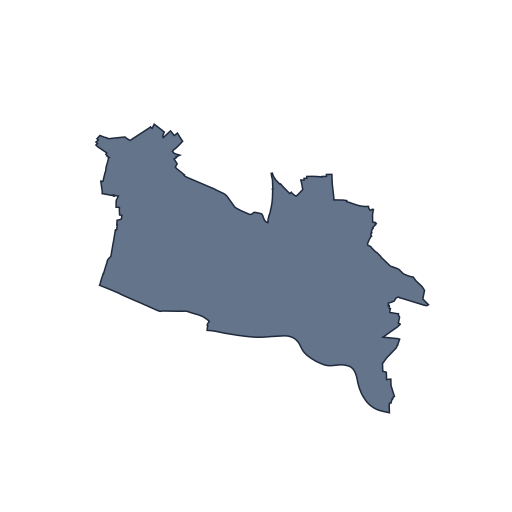 the district of 's-Hertogenbosch, Noord-Brabant, Netherlands, rotated 213°
{"feature_id": "6326949B79471926410122", "entity_name": "'s-Hertogenbosch", "entity_type": "district", "adm_level": 2, "iso_a3": "NLD", "parent_name": "Netherlands", "parent_adm1": "Noord-Brabant", "projection": "orthographic", "projection_center": [5.356, 51.715], "detail": "fine", "context": "isolated", "style": "filled", "palette": "slate", "viewbox_px": 512, "rotation_deg": 213, "n_neighbors": 0, "source": "geoboundaries", "source_scale": "gbopen_adm2", "svg_char_len": 5867}
<svg xmlns="http://www.w3.org/2000/svg" viewBox="0 0 512 512"><g transform="rotate(213 256 256)"><path d="M58.7,197.2L62.9,203.2L63.9,205.4L62.7,206.2L64.0,210.3L63.5,210.4L64.1,212.7L63.7,213.1L63.4,213.6L72.1,220.8L75.9,226.2L79.2,223.5L83.4,229.5L86.9,228.4L91.6,235.1L91.3,235.4L91.2,236.1L90.9,241.8L88.3,255.3L88.9,258.6L88.6,258.7L89.1,259.8L90.2,264.5L91.9,264.0L105.3,257.1L98.7,273.7L98.4,274.8L97.9,277.3L98.6,277.5L100.0,277.1L102.3,283.0L103.7,283.6L104.1,283.8L104.3,284.0L105.1,285.2L106.1,284.6L113.1,281.5L113.9,283.0L114.6,285.1L115.4,284.7L115.8,284.8L117.0,286.8L117.2,287.0L117.8,286.2L119.3,288.5L119.2,288.8L118.4,289.6L117.0,291.3L115.7,293.3L115.6,293.5L115.6,297.2L114.8,298.5L113.9,299.3L113.1,299.2L112.1,299.3L111.4,299.7L90.7,305.6L88.4,306.2L86.2,307.1L85.8,307.3L85.4,307.8L84.8,309.1L92.7,310.8L95.9,318.9L98.8,320.3L100.3,320.8L101.5,321.1L108.3,322.3L112.8,324.0L114.1,323.3L115.2,322.9L118.6,322.0L122.2,321.4L123.3,321.4L128.3,322.5L129.2,322.6L132.2,322.1L133.9,321.5L134.1,321.7L134.8,321.4L135.3,321.4L137.3,320.8L138.1,320.7L140.4,321.2L149.8,323.0L150.0,322.9L151.2,323.6L156.9,324.8L157.4,324.6L158.0,324.6L161.5,325.4L162.8,325.6L164.0,326.1L164.8,326.3L165.6,326.3L167.7,326.0L168.3,326.1L169.0,326.9L169.3,327.4L169.4,328.3L169.6,329.4L170.0,331.9L170.2,334.2L170.1,334.9L169.8,335.5L171.6,336.6L171.6,338.4L171.6,338.7L172.2,338.7L172.7,340.2L172.9,340.7L172.9,343.0L173.5,343.0L173.3,345.0L172.8,347.2L172.7,347.4L172.9,347.9L172.8,348.4L173.4,348.2L173.5,348.7L174.0,348.8L174.0,349.1L174.6,349.0L175.0,348.5L175.7,348.4L176.6,348.0L179.9,352.8L180.8,354.2L181.5,355.8L182.0,356.9L182.9,359.0L184.0,358.5L184.9,356.6L185.2,356.5L186.7,357.1L187.6,357.7L188.1,358.1L188.7,358.8L189.8,358.1L190.6,357.5L193.2,356.0L195.0,355.1L197.8,354.1L200.6,353.3L206.7,351.8L209.7,350.9L210.1,351.9L213.5,350.3L221.4,345.4L221.7,346.1L222.3,347.1L230.9,357.5L233.6,361.2L236.8,365.8L241.4,362.7L240.3,361.1L243.9,358.7L243.6,358.3L247.2,356.4L251.0,354.2L256.8,350.4L255.7,348.8L258.0,347.3L257.0,345.9L259.8,344.1L256.8,341.3L253.0,337.2L254.6,328.8L254.8,328.6L255.3,328.3L255.5,328.0L256.7,327.9L258.6,328.1L259.5,328.2L261.2,328.7L261.7,326.7L272.2,329.1L273.1,329.4L274.6,329.8L274.7,329.3L275.0,329.3L275.6,329.4L281.8,330.7L282.1,330.8L282.0,331.1L284.1,332.0L285.4,332.8L286.6,333.7L287.4,334.4L288.3,333.6L285.7,330.7L285.0,330.2L283.4,328.5L282.2,326.7L278.4,321.5L278.8,321.0L278.6,320.8L278.0,320.5L276.0,317.2L273.8,313.6L271.7,309.6L270.1,306.0L268.5,301.6L267.8,300.1L267.5,298.6L267.1,296.8L265.7,293.0L265.4,292.5L264.6,291.3L264.3,290.4L265.1,290.3L266.1,290.2L266.9,290.3L268.0,290.6L268.6,290.8L269.4,291.3L272.9,293.9L273.6,294.2L274.5,294.3L275.4,294.1L280.6,292.1L281.2,291.7L281.7,290.9L281.8,290.6L282.1,289.5L282.4,288.8L283.2,287.9L284.1,287.4L293.6,285.8L299.2,285.4L299.7,285.4L300.4,285.5L312.5,290.2L313.9,290.6L316.1,290.8L317.8,290.7L325.8,289.6L326.2,289.7L327.5,289.5L357.4,284.3L358.6,284.3L360.3,284.4L360.3,285.1L365.6,285.6L370.2,286.1L372.1,286.6L372.3,290.4L372.6,290.5L377.5,292.7L376.3,295.2L377.0,295.6L374.8,299.1L378.7,297.9L379.8,297.7L380.6,297.6L382.6,298.1L383.0,298.1L383.0,298.3L382.9,300.0L383.0,300.1L382.1,302.3L381.8,303.3L380.8,307.8L380.0,312.3L380.3,312.4L384.9,314.4L388.8,316.3L390.2,312.5L395.8,314.4L396.7,311.1L398.3,304.8L398.8,305.1L399.5,305.9L399.7,306.3L400.1,308.3L400.1,308.1L400.4,310.0L402.8,310.1L402.8,310.3L413.2,311.1L412.6,306.4L413.2,306.4L414.8,306.9L414.9,306.5L414.8,306.4L415.1,305.7L424.6,284.3L430.8,284.2L430.8,284.3L431.0,284.2L433.2,282.5L443.5,274.1L444.2,273.9L445.4,273.9L448.0,273.0L452.5,272.1L452.6,271.4L453.0,269.1L453.3,267.8L451.4,267.4L452.3,264.4L450.2,264.0L450.7,261.9L448.3,261.4L437.4,261.2L437.3,259.4L435.2,259.1L435.1,258.4L432.9,258.5L433.2,258.2L431.7,254.2L430.1,248.8L428.4,245.5L428.2,244.8L427.9,243.2L427.6,242.5L425.9,237.7L425.0,235.5L425.0,235.3L425.1,235.1L425.3,234.9L426.8,234.5L427.0,234.3L424.7,231.6L420.3,226.7L420.2,226.3L419.4,225.4L419.0,224.5L413.6,226.8L411.6,227.6L409.1,228.7L408.9,228.7L409.0,228.8L408.9,228.8L408.9,229.0L408.7,229.3L408.6,228.8L408.4,228.8L408.4,229.5L408.2,229.4L408.1,229.2L407.3,229.5L407.2,229.3L406.8,230.0L406.4,230.3L404.1,231.3L403.6,227.5L403.7,227.4L403.3,226.2L403.2,226.2L402.9,225.3L399.9,220.7L397.1,222.3L396.9,222.3L395.1,219.3L392.7,216.1L390.7,217.1L389.0,213.6L390.7,211.5L392.0,210.4L389.6,206.1L389.1,206.3L387.1,201.9L387.9,201.5L387.8,201.4L388.1,201.2L388.2,201.3L387.2,199.2L384.0,191.8L383.9,191.7L382.8,188.9L378.4,178.7L377.8,177.2L377.6,176.6L377.6,176.2L378.3,172.6L378.3,171.6L378.2,171.3L377.4,169.3L376.9,167.1L374.3,158.2L374.6,158.1L372.3,149.7L372.1,149.7L371.2,146.2L370.8,146.4L367.9,146.9L360.9,148.3L350.1,150.2L349.4,150.3L349.1,150.1L333.1,152.7L328.2,153.6L309.3,156.6L307.3,157.0L306.2,157.4L304.1,159.2L292.9,166.2L292.3,166.5L292.0,166.7L284.5,171.7L283.8,172.0L278.3,173.4L272.9,175.1L270.3,175.7L266.9,176.3L260.4,176.0L259.7,175.8L259.7,174.2L259.6,173.5L259.7,172.6L259.6,172.1L259.4,171.7L259.0,171.1L258.2,171.1L258.2,170.4L256.5,167.0L253.1,168.9L249.2,170.7L239.5,174.5L227.8,179.7L220.7,183.1L214.2,186.5L210.3,188.8L206.4,191.4L198.6,197.3L188.9,204.4L186.9,205.6L185.0,206.5L183.0,207.1L181.1,207.6L179.1,207.7L177.2,207.6L175.2,207.2L173.3,206.6L171.3,205.6L167.4,203.3L165.5,202.3L163.5,201.5L161.6,201.0L159.6,200.6L157.7,200.4L153.8,200.2L149.9,200.3L147.9,200.4L144.0,201.0L140.2,201.7L138.2,202.3L136.3,203.1L134.3,204.2L132.4,205.6L126.5,210.3L124.6,211.6L122.6,212.6L120.7,213.4L118.7,214.1L116.8,214.5L114.8,214.4L112.9,214.0L110.9,213.2L109.0,212.0L107.0,210.5L105.1,208.8L101.2,204.8L99.2,203.0L97.3,201.4L93.4,198.6L89.5,196.4L85.6,194.7L83.7,194.0L81.7,193.5L79.8,193.1L77.8,192.9L73.9,192.8L72.0,193.0L70.0,193.3L68.1,193.8L64.2,195.1L58.7,197.2Z" fill="#64748b" stroke="#1e293b" stroke-width="1.5"/></g></svg>